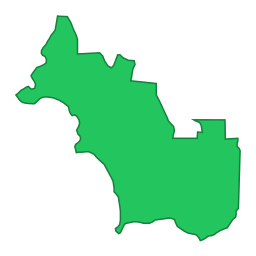 Port Dickson, Negeri Sembilan, Malaysia (orthographic projection)
{"feature_id": "92858781B57188126303379", "entity_name": "Port Dickson", "entity_type": "district", "adm_level": 2, "iso_a3": "MYS", "parent_name": "Malaysia", "parent_adm1": "Negeri Sembilan", "projection": "orthographic", "projection_center": [101.849, 2.559], "detail": "fine", "context": "isolated", "style": "filled", "palette": "green", "viewbox_px": 256, "rotation_deg": 0, "n_neighbors": 0, "source": "geoboundaries", "source_scale": "gbopen_adm2", "svg_char_len": 2236}
<svg xmlns="http://www.w3.org/2000/svg" viewBox="0 0 256 256"><path d="M225.0,119.9L193.7,119.8L195.6,120.9L199.6,122.5L201.2,125.3L202.3,132.4L197.6,132.0L197.2,138.3L172.8,138.3L173.2,135.5L174.4,130.8L173.6,126.5L172.0,124.9L168.5,121.0L166.9,117.0L164.1,111.1L159.4,100.9L156.3,95.0L156.3,90.2L156.3,83.5L130.7,80.8L131.5,77.6L132.2,72.9L133.0,68.6L135.0,64.6L134.2,60.7L128.3,60.3L122.8,57.6L120.0,54.8L117.7,54.8L113.7,65.4L111.4,67.8L107.8,65.8L104.7,61.1L102.7,56.0L99.6,52.8L77.5,54.0L77.5,45.8L77.5,39.5L76.3,35.5L73.2,28.8L70.8,22.5L67.3,16.6L57.8,16.2L57.7,15.4L55.2,30.0L53.2,32.7L51.1,35.3L49.4,38.5L47.6,41.3L45.9,44.6L43.3,47.4L41.6,50.4L41.3,53.2L42.6,55.4L45.1,56.4L46.4,59.5L46.1,63.0L43.6,64.7L40.3,66.3L36.8,67.5L35.0,70.0L32.5,73.3L31.0,75.8L32.7,79.1L34.5,81.6L35.5,84.6L34.8,88.2L31.7,89.2L30.0,88.2L28.5,86.4L26.2,87.2L23.7,88.9L20.9,90.4L18.4,93.0L15.9,95.0L17.4,97.0L19.9,100.5L20.9,101.2L22.4,102.3L24.7,103.0L28.5,103.5L34.3,103.8L36.0,102.5L37.8,100.8L40.3,98.3L43.8,97.0L47.1,97.0L51.1,97.5L53.7,98.0L58.7,100.0L63.0,102.3L68.5,106.8L69.3,110.9L70.5,113.6L72.1,115.6L72.8,115.4L74.1,114.9L76.1,115.6L77.6,117.4L79.1,120.2L79.6,123.2L78.6,126.5L76.6,130.3L78.1,134.3L80.1,136.3L80.6,138.6L79.9,140.6L78.1,142.6L75.6,144.4L74.8,146.9L75.6,149.4L76.3,152.7L78.6,152.2L82.1,152.2L84.7,151.9L87.2,151.7L89.2,151.9L92.0,153.2L94.5,154.7L96.0,156.7L99.0,159.7L104.1,164.3L111.6,178.1L113.1,181.4L113.6,184.9L114.1,188.2L114.1,191.8L116.4,194.3L118.4,197.0L118.9,200.8L119.7,205.6L120.4,210.9L120.4,215.7L120.4,220.2L119.7,224.5L117.7,227.0L115.4,228.5L115.9,231.1L118.7,233.6L120.4,232.8L121.7,230.1L124.2,224.8L125.5,223.5L128.8,222.8L131.8,222.2L134.0,221.7L138.8,222.0L143.6,223.3L149.4,223.3L152.4,222.0L155.2,220.0L158.7,219.5L162.8,219.0L165.8,218.5L170.6,218.0L174.4,219.5L175.9,223.3L177.4,226.5L184.5,231.3L188.2,233.1L196.3,234.8L198.6,237.4L200.3,240.6L203.1,239.6L205.9,237.9L208.1,236.1L211.7,235.6L214.2,234.6L216.5,232.8L220.2,230.6L223.8,229.0L227.3,227.8L229.1,225.0L231.3,221.7L233.1,219.2L235.6,217.2L236.1,214.7L236.1,210.9L238.4,208.4L240.1,150.7L239.1,148.4L237.1,146.4L237.1,143.6L237.9,140.8L237.9,138.3L225.3,139.1L225.0,119.9Z" fill="#22c55e" stroke="#15803d" stroke-width="1.5"/></svg>